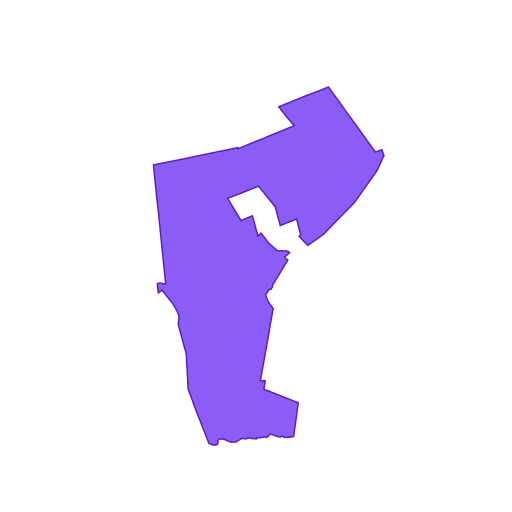 outline of Galbenu, Braila, Romania, rotated 306°
{"feature_id": "2599482B76307381902120", "entity_name": "Galbenu", "entity_type": "district", "adm_level": 2, "iso_a3": "ROU", "parent_name": "Romania", "parent_adm1": "Braila", "projection": "equal_earth", "projection_center": [27.166, 45.19], "detail": "fine", "context": "isolated", "style": "filled", "palette": "violet", "viewbox_px": 512, "rotation_deg": 306, "n_neighbors": 0, "source": "geoboundaries", "source_scale": "gbopen_adm2", "svg_char_len": 3640}
<svg xmlns="http://www.w3.org/2000/svg" viewBox="0 0 512 512"><g transform="rotate(306 256 256)"><path d="M224.3,298.9L225.1,296.1L226.0,293.3L227.0,291.4L228.0,289.9L228.2,289.3L228.7,288.7L229.1,288.3L229.6,287.5L230.0,287.3L230.3,286.9L230.7,286.7L231.0,286.5L232.1,286.3L232.5,286.4L232.9,286.6L233.6,286.7L235.0,286.3L235.6,286.1L236.2,286.1L236.8,286.5L237.9,287.7L240.3,287.3L240.4,287.6L240.8,287.4L241.4,287.0L242.3,286.5L257.4,285.3L264.8,284.6L268.3,284.3L270.1,284.3L271.3,284.2L271.9,279.7L278.4,281.2L278.6,280.3L278.6,279.4L278.4,278.5L277.9,277.5L276.5,275.5L275.0,273.2L272.9,270.2L273.3,265.3L273.9,258.7L275.1,254.8L276.3,251.0L276.3,250.7L277.5,246.6L273.3,245.8L286.4,229.5L275.8,222.9L276.0,222.7L286.0,199.2L286.2,199.3L293.6,204.1L299.8,208.1L306.4,212.2L314.0,217.1L307.3,241.7L307.7,241.9L307.5,242.2L294.9,257.7L309.8,267.1L299.3,279.8L297.2,279.4L297.0,280.6L296.9,281.0L295.0,291.7L313.1,297.8L335.0,300.9L338.2,301.4L344.0,302.3L356.7,304.2L366.7,304.1L382.1,303.9L396.1,303.7L403.0,302.4L404.4,302.2L406.9,301.6L407.9,301.3L410.2,300.8L411.1,300.6L411.8,300.6L412.3,300.7L415.9,295.3L410.3,291.5L413.8,280.8L415.9,274.5L422.3,255.0L423.6,250.9L426.3,242.7L430.8,229.3L430.8,229.2L433.0,222.3L435.3,215.4L434.8,215.1L433.4,214.1L429.3,211.5L423.4,207.7L422.4,207.1L421.4,206.4L420.8,206.1L420.5,205.8L420.2,205.6L419.7,205.3L419.5,205.2L419.4,205.1L419.2,205.0L419.1,204.9L418.9,204.8L418.8,204.7L418.1,204.3L417.0,203.5L416.4,203.1L413.5,201.2L412.8,200.8L405.5,196.3L397.8,191.5L391.6,187.6L390.1,186.7L389.8,187.8L389.3,189.3L387.0,197.6L386.1,200.8L385.7,202.8L385.2,204.8L383.8,210.2L383.1,209.8L377.4,206.3L373.8,204.1L373.7,204.1L365.8,199.1L362.7,197.2L357.7,194.2L356.6,193.6L351.0,190.0L349.6,189.1L344.4,185.9L342.1,184.5L341.5,184.2L340.9,183.8L336.5,181.1L335.2,180.2L334.3,179.7L333.8,179.4L333.1,179.0L332.7,178.7L332.4,178.5L332.5,178.4L332.6,178.2L332.8,178.0L333.0,177.6L332.9,177.6L331.7,176.4L328.7,173.7L327.5,172.6L323.7,169.1L322.8,168.3L322.7,168.2L314.1,160.4L310.0,156.6L291.1,139.5L274.4,124.1L270.4,120.4L269.4,119.5L264.2,124.1L261.2,126.8L257.5,130.1L257.4,130.1L250.7,136.2L244.6,141.6L233.4,152.0L227.3,157.3L225.2,159.2L215.3,168.1L215.0,168.3L198.8,182.8L181.3,198.5L180.1,199.1L179.6,198.3L178.7,196.5L178.3,195.3L178.2,194.9L178.0,194.7L177.8,194.5L177.4,194.0L177.2,193.5L177.1,193.4L176.6,193.1L175.6,192.4L175.2,192.7L172.0,195.7L169.9,197.6L168.8,198.6L173.1,200.1L172.7,201.5L169.8,212.3L168.8,216.1L166.8,220.6L164.8,224.9L162.6,228.4L160.8,230.0L155.3,233.0L154.6,233.8L149.2,240.4L149.2,240.5L139.1,253.0L136.1,256.8L134.5,258.2L126.8,264.3L125.4,265.6L123.4,267.2L123.2,267.4L120.7,269.4L115.3,273.8L109.9,278.1L108.7,279.0L106.7,282.0L105.2,284.2L103.7,286.6L101.7,289.6L99.2,293.1L94.1,300.8L89.4,308.3L84.8,315.5L82.3,319.4L82.3,319.5L80.0,323.0L77.4,327.0L77.1,327.4L77.1,327.5L76.9,327.7L76.7,328.1L78.1,333.0L79.7,334.9L80.8,335.3L81.5,335.4L84.6,333.7L86.1,333.5L88.9,337.6L89.6,340.8L90.7,345.2L93.5,348.9L94.9,349.6L100.0,351.7L102.0,355.1L102.8,355.9L105.2,357.7L105.9,360.0L108.4,363.9L108.7,363.7L109.4,363.4L109.6,363.3L110.3,365.0L115.0,369.6L115.2,370.8L115.2,371.0L115.8,371.4L116.7,371.7L119.8,372.1L120.3,372.5L120.9,373.2L122.3,378.7L123.7,381.9L125.8,383.3L125.8,385.0L127.3,387.6L131.2,391.9L132.2,392.5L147.9,384.1L148.0,384.1L162.1,376.5L161.6,374.6L161.5,374.3L155.9,352.4L152.8,340.8L152.9,340.7L160.5,336.8L157.6,332.9L167.3,328.2L173.3,325.3L179.6,322.3L183.7,320.2L187.2,318.6L189.6,317.4L197.8,313.5L204.8,309.9L211.9,306.4L217.7,303.6L223.6,300.8L224.0,299.5L224.3,298.9Z" fill="#8b5cf6" stroke="#5b21b6" stroke-width="1.5"/></g></svg>